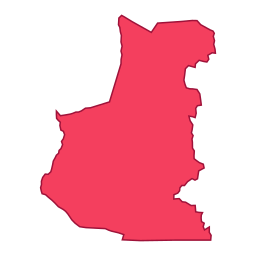 Paranacity, Paraná, Brazil
{"feature_id": "56859067B32403782577975", "entity_name": "Paranacity", "entity_type": "district", "adm_level": 2, "iso_a3": "BRA", "parent_name": "Brazil", "parent_adm1": "Paraná", "projection": "orthographic", "projection_center": [-52.138, -22.833], "detail": "fine", "context": "isolated", "style": "filled", "palette": "rose", "viewbox_px": 256, "rotation_deg": 0, "n_neighbors": 0, "source": "geoboundaries", "source_scale": "gbopen_adm2", "svg_char_len": 1978}
<svg xmlns="http://www.w3.org/2000/svg" viewBox="0 0 256 256"><path d="M213.0,31.1L209.9,29.8L200.7,24.7L197.0,20.6L192.3,20.5L181.3,21.5L157.6,23.1L151.3,32.4L132.2,21.7L124.5,17.0L121.6,15.4L118.9,18.0L118.5,24.8L119.8,27.3L120.4,31.9L121.4,35.4L121.0,41.9L122.1,46.1L121.0,51.1L122.0,54.9L121.1,59.5L121.0,63.9L109.5,101.9L90.4,107.8L85.4,108.2L81.4,110.9L78.4,112.1L75.8,112.1L72.6,113.4L70.2,114.1L65.7,114.9L60.4,115.7L56.4,111.1L56.4,114.7L56.6,118.4L58.3,120.4L60.3,122.2L59.9,125.5L60.9,130.1L63.4,131.3L64.6,134.7L63.3,138.9L61.5,141.4L62.6,144.7L61.0,148.6L59.1,150.4L58.6,153.3L56.4,155.2L55.2,157.7L53.3,161.1L52.6,164.9L51.6,169.2L50.8,171.8L48.2,174.3L45.2,174.1L42.7,177.4L41.4,181.3L41.5,184.5L40.6,187.7L41.2,190.7L42.1,193.7L45.6,194.7L48.0,196.9L52.1,200.3L54.9,203.0L58.4,206.7L63.3,209.5L65.6,211.3L67.9,214.0L69.8,216.8L71.8,219.8L75.1,223.2L79.7,226.7L85.9,227.6L105.3,228.6L108.8,230.2L111.4,231.1L118.5,232.8L123.8,234.6L122.3,239.8L140.5,240.6L175.4,240.1L189.8,240.1L197.4,240.1L210.7,240.1L211.1,235.3L209.3,232.4L209.3,227.0L204.5,229.9L203.2,226.7L204.2,223.2L201.5,221.6L201.1,218.0L201.3,215.1L202.5,212.6L198.8,212.4L195.7,211.8L195.2,205.4L191.0,205.5L185.6,202.2L182.2,201.8L179.2,198.6L173.8,199.0L173.9,194.7L177.8,193.1L179.6,190.7L179.9,187.8L181.8,185.5L184.5,185.5L187.5,181.7L192.0,178.6L195.0,180.1L197.5,178.8L198.7,170.9L204.1,168.0L203.3,164.2L199.3,162.6L196.8,160.8L194.1,158.7L194.0,155.8L194.3,150.9L192.5,148.2L192.4,142.1L192.0,139.0L193.1,135.6L191.4,132.9L192.1,129.9L192.8,124.9L190.1,120.7L188.9,116.1L192.6,116.7L195.1,117.6L196.2,113.3L195.7,108.4L197.4,105.7L201.3,105.1L200.7,100.3L199.8,93.9L197.0,89.5L192.7,88.9L189.8,88.8L186.3,87.8L184.9,84.0L183.9,80.1L184.6,75.4L185.4,68.7L188.5,65.6L195.1,67.4L195.5,63.8L199.1,60.3L203.8,61.5L206.9,62.0L208.8,59.2L207.8,55.3L212.1,52.8L215.4,53.2L215.0,49.1L213.7,44.4L214.5,40.7L213.3,36.3L214.3,33.3L213.0,31.1Z" fill="#f43f5e" stroke="#9f1239" stroke-width="1.5"/></svg>